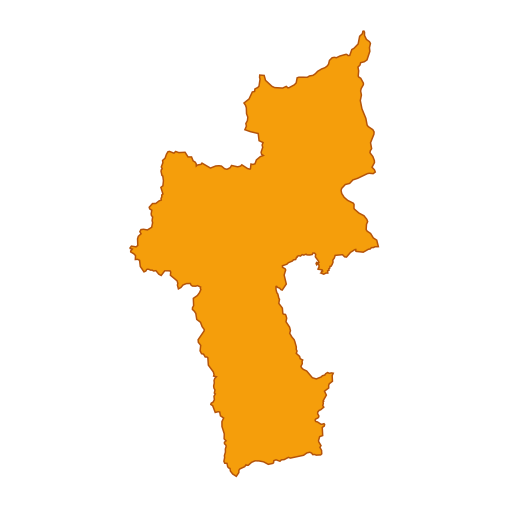 outline of Li, Lamphun, Thailand, rotated 177°
{"feature_id": "78962969B62404267117906", "entity_name": "Li", "entity_type": "district", "adm_level": 2, "iso_a3": "THA", "parent_name": "Thailand", "parent_adm1": "Lamphun", "projection": "orthographic", "projection_center": [98.889, 17.796], "detail": "fine", "context": "isolated", "style": "filled", "palette": "amber", "viewbox_px": 512, "rotation_deg": 177, "n_neighbors": 0, "source": "geoboundaries", "source_scale": "gbopen_adm2", "svg_char_len": 6080}
<svg xmlns="http://www.w3.org/2000/svg" viewBox="0 0 512 512"><g transform="rotate(177 256 256)"><path d="M201.9,54.0L200.7,55.0L200.7,58.4L202.2,61.6L201.0,63.2L203.1,67.2L203.2,68.5L201.9,72.3L198.8,73.2L198.8,81.3L196.7,82.6L196.3,84.2L196.9,85.0L198.9,84.5L200.1,84.7L203.3,87.1L205.0,87.6L205.6,89.0L205.0,90.0L202.7,91.0L201.7,92.1L201.7,93.4L202.7,95.0L202.5,97.0L200.9,98.6L199.5,99.0L196.2,101.5L197.2,103.3L196.5,105.0L196.7,106.7L196.0,107.4L196.4,108.1L193.0,113.4L194.7,117.4L190.3,120.4L190.2,123.1L189.5,124.6L186.2,126.9L186.2,132.6L185.0,134.9L186.7,135.3L189.0,135.0L190.6,135.9L192.6,134.8L193.6,133.5L195.9,133.0L197.3,131.8L202.2,130.1L206.1,131.5L211.4,138.5L214.7,140.3L216.4,142.1L216.9,143.4L215.4,146.1L215.5,148.4L214.8,149.7L217.2,151.1L217.7,153.4L220.9,156.7L220.0,158.9L220.7,160.6L220.5,163.1L221.7,168.5L222.3,170.4L224.6,173.5L226.4,177.1L225.5,179.6L226.2,183.2L229.5,188.8L228.6,192.3L229.3,195.3L229.7,196.1L231.6,196.5L232.2,197.2L232.4,202.6L235.7,207.5L234.8,211.6L235.4,212.5L236.2,216.9L237.1,218.2L237.8,221.5L237.6,224.5L236.9,224.6L236.2,223.6L234.0,222.6L233.0,221.2L231.6,220.6L227.2,226.4L228.9,235.5L227.1,240.5L227.6,241.7L230.1,243.3L230.1,244.9L225.6,246.2L224.0,247.6L219.9,249.1L218.8,250.2L216.6,250.4L215.8,252.1L215.0,252.6L214.9,253.4L213.2,254.1L211.6,253.6L209.8,255.0L208.3,254.4L205.9,255.2L205.0,254.4L202.1,254.2L199.7,254.6L199.1,255.9L197.5,255.9L196.3,254.6L196.8,252.1L194.0,247.8L193.5,246.2L194.2,245.7L195.8,246.4L196.4,245.2L195.8,244.0L194.9,245.3L193.6,243.7L193.7,241.3L194.5,240.5L194.7,239.5L190.8,238.8L190.2,237.5L191.4,237.2L191.2,236.3L192.1,235.6L189.3,234.3L187.0,235.3L185.2,235.2L185.3,237.5L183.9,237.9L184.0,239.4L183.1,239.8L182.6,241.8L181.5,241.9L180.3,243.8L179.4,245.8L179.5,247.8L177.9,249.9L176.9,252.5L169.6,252.8L167.5,250.5L165.7,250.2L161.4,254.7L156.8,257.3L156.0,257.3L156.1,255.7L155.5,255.3L148.7,254.2L143.3,256.9L141.7,257.0L140.3,258.3L138.1,258.3L136.9,259.0L133.3,258.9L134.6,265.5L137.9,267.9L140.4,272.5L143.7,275.0L144.6,276.6L144.0,281.9L142.7,284.5L143.4,286.8L146.1,290.6L151.0,293.5L155.3,297.7L155.7,298.5L155.4,302.3L156.0,303.6L161.6,306.8L164.9,310.0L167.1,313.9L167.6,317.0L166.9,319.0L163.1,322.7L158.7,323.6L155.3,326.9L150.3,328.3L140.5,332.4L138.6,332.7L134.7,332.1L132.5,333.6L133.2,335.8L135.5,338.6L132.8,343.1L132.8,345.1L134.1,349.2L136.8,353.2L136.3,355.2L134.9,357.1L135.7,363.1L131.9,371.4L131.6,373.7L132.7,376.0L137.2,379.4L138.2,381.0L139.1,387.7L142.5,397.4L143.7,405.8L142.3,411.2L142.9,415.3L142.2,417.7L139.8,421.5L139.7,423.0L142.1,428.0L144.0,429.3L144.5,430.3L143.8,435.5L144.3,439.3L142.2,441.2L141.4,443.6L137.7,444.3L134.9,446.0L131.6,454.4L131.8,458.1L130.6,462.3L131.5,464.1L134.4,466.5L136.1,470.6L135.9,473.8L136.5,475.0L137.5,474.8L138.1,472.5L141.0,470.0L142.9,462.4L147.4,458.2L149.5,457.2L151.9,451.4L153.5,451.3L154.9,452.6L156.1,452.6L161.8,451.3L165.3,449.8L167.4,450.3L169.6,450.0L172.4,447.5L173.6,443.6L175.2,441.8L177.4,440.4L180.6,439.4L184.8,437.2L187.1,435.0L189.6,433.4L193.2,433.0L195.4,431.8L203.8,432.3L205.6,431.8L206.8,426.8L208.8,424.9L214.1,422.4L215.3,422.2L216.9,423.8L220.6,422.3L228.6,423.2L231.2,424.6L237.3,430.9L238.4,435.9L242.8,436.5L243.1,434.2L242.7,432.5L244.1,425.5L245.4,424.2L248.3,422.9L248.8,420.4L251.1,420.0L254.7,413.2L260.0,409.4L258.6,407.1L257.9,404.5L258.0,398.5L256.9,395.1L257.5,391.6L259.2,388.8L258.8,386.2L260.5,382.7L255.2,380.5L247.4,378.2L246.9,371.0L243.0,368.9L244.1,366.5L243.6,364.2L245.5,359.3L245.1,357.3L243.4,356.0L246.5,355.0L250.6,351.9L252.2,348.1L254.3,347.6L256.2,348.1L257.0,343.4L257.5,343.0L259.9,343.8L265.4,347.8L266.7,346.6L269.6,346.0L275.7,347.7L277.1,345.6L280.4,344.1L282.8,344.8L285.8,347.6L288.2,348.1L291.5,348.0L296.9,346.2L305.1,351.6L306.1,350.4L309.8,349.9L310.9,349.0L310.9,351.1L311.7,352.8L313.8,354.3L315.2,358.3L318.7,358.5L321.4,363.3L327.7,363.3L330.8,364.6L332.6,363.0L337.0,365.0L338.5,364.7L340.1,362.3L341.7,358.4L344.3,356.3L344.1,354.0L345.9,349.9L345.1,348.0L346.1,347.0L346.4,345.5L345.7,341.4L344.9,340.7L344.5,336.0L345.3,331.0L347.4,329.5L345.7,322.8L346.9,321.9L347.0,319.9L347.8,318.5L347.7,316.8L349.9,316.1L353.3,313.7L356.6,313.8L360.1,310.3L359.7,308.6L357.7,307.2L358.5,303.5L358.3,302.0L357.2,300.4L357.9,296.9L357.5,294.6L358.7,290.1L363.1,287.7L367.0,288.6L369.5,288.4L370.7,286.4L369.6,284.2L372.5,281.8L373.4,279.3L373.5,272.7L375.3,271.4L379.9,272.4L381.4,270.6L381.2,270.0L379.1,269.4L380.9,267.5L380.9,266.6L377.9,264.6L376.3,262.7L376.7,258.8L374.5,258.9L372.5,257.8L372.1,251.6L368.7,246.0L366.8,246.8L365.9,248.2L365.1,248.5L363.7,248.3L362.1,247.4L360.4,247.3L359.1,246.4L356.7,246.6L354.0,242.9L351.7,241.5L347.9,246.0L342.7,245.7L342.0,244.4L342.5,241.3L336.1,235.3L335.5,232.8L336.0,231.1L335.2,227.2L332.6,228.5L330.4,230.9L327.0,232.1L323.0,232.0L322.5,230.5L321.1,229.3L317.8,229.0L316.0,229.5L312.9,227.9L313.3,226.9L312.8,225.4L314.4,222.3L316.6,219.6L320.8,217.0L320.9,209.6L322.1,207.8L322.3,206.0L320.4,204.0L319.1,201.7L318.5,195.8L314.9,192.7L313.5,188.3L311.5,185.2L311.8,183.8L318.2,175.4L318.1,172.8L315.9,169.7L316.8,164.2L315.5,161.3L313.5,160.7L312.0,157.8L310.3,157.7L309.4,156.8L309.3,149.5L304.7,142.5L304.1,139.8L304.6,138.3L301.9,137.5L303.6,135.9L304.4,133.9L304.3,131.3L305.1,128.4L304.9,126.3L304.0,124.3L304.8,121.3L303.8,120.4L305.3,118.2L305.1,114.6L306.5,112.4L308.5,111.3L308.9,110.1L307.1,108.8L304.9,101.9L301.9,102.5L300.4,102.1L299.9,98.3L296.8,95.9L298.7,92.4L298.9,87.5L297.0,80.1L297.4,75.1L295.6,73.0L297.3,71.6L297.3,70.2L295.9,68.6L295.8,67.3L296.7,64.9L296.8,61.7L298.0,58.3L297.9,56.3L298.8,52.7L298.1,50.7L295.8,50.4L295.3,47.0L294.4,45.8L293.1,45.2L292.8,42.5L290.7,39.5L287.2,37.0L284.5,40.6L284.3,42.9L283.3,44.2L278.3,46.2L276.9,48.0L276.0,47.4L274.6,47.5L271.2,50.2L267.7,51.5L263.8,51.2L259.3,50.1L254.6,47.3L250.1,48.0L249.3,48.6L248.9,50.7L246.7,51.4L242.8,49.8L241.3,51.1L238.5,51.2L234.2,53.2L232.2,52.4L218.9,54.5L215.5,56.7L212.5,57.2L210.7,56.2L209.8,54.7L207.7,54.7L206.3,54.0L201.9,54.0Z" fill="#f59e0b" stroke="#b45309" stroke-width="1.5"/></g></svg>